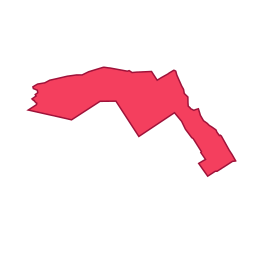 the district of S.A. Nyyazow, Tashauz, Turkmenistan, rotated 237°
{"feature_id": "10190150B78263811448824", "entity_name": "S.A. Nyyazow", "entity_type": "district", "adm_level": 2, "iso_a3": "TKM", "parent_name": "Turkmenistan", "parent_adm1": "Tashauz", "projection": "natural_earth1", "projection_center": [58.86, 40.837], "detail": "fine", "context": "isolated", "style": "filled", "palette": "rose", "viewbox_px": 256, "rotation_deg": 237, "n_neighbors": 0, "source": "geoboundaries", "source_scale": "gbopen_adm2", "svg_char_len": 1630}
<svg xmlns="http://www.w3.org/2000/svg" viewBox="0 0 256 256"><g transform="rotate(237 128 128)"><path d="M41.7,200.4L49.2,200.8L54.3,200.8L70.3,201.9L70.5,201.9L71.8,201.4L71.9,200.5L76.2,200.3L78.0,200.7L78.6,200.7L82.4,199.2L84.2,198.4L84.7,198.1L85.0,198.0L86.1,197.5L88.7,197.0L93.0,195.3L99.2,195.6L102.9,196.7L105.8,197.5L106.5,195.1L106.7,194.4L106.9,192.9L107.2,192.7L107.8,192.4L110.2,191.0L111.1,191.1L113.5,190.4L116.6,192.1L121.4,195.1L126.3,194.0L127.5,194.5L130.1,195.6L134.2,195.9L139.1,196.7L145.9,197.8L149.6,199.0L150.9,198.4L151.5,197.8L151.7,192.5L151.6,190.7L152.1,183.5L152.2,178.5L152.4,178.5L152.9,178.5L162.6,178.5L168.1,169.1L170.3,165.4L172.3,161.6L174.2,160.8L175.5,160.2L176.0,158.4L188.2,145.5L188.7,144.8L191.6,141.5L192.4,140.3L196.6,125.7L197.5,118.4L200.6,113.6L204.5,105.3L208.2,95.1L210.7,88.4L211.2,82.8L214.1,76.1L214.3,72.9L214.3,70.6L213.4,70.4L213.2,70.3L212.6,70.1L211.9,70.6L211.2,71.1L209.5,72.2L209.0,72.5L207.1,71.7L206.9,71.6L206.8,71.4L206.7,71.3L206.6,68.4L205.0,68.3L205.0,68.2L204.9,68.2L204.7,63.3L202.5,63.8L202.3,64.3L200.6,64.3L199.0,64.7L198.5,65.0L197.9,64.3L197.5,64.1L197.4,63.8L197.4,63.0L197.4,61.1L197.4,58.5L197.4,56.3L197.4,55.2L197.4,54.7L197.4,54.1L196.6,54.9L170.0,80.9L165.6,85.1L165.6,85.3L165.6,94.3L165.6,111.5L165.6,119.1L157.1,132.5L126.7,132.5L115.3,132.5L115.0,132.5L115.4,165.7L115.5,175.3L104.4,176.6L95.7,175.5L85.1,176.2L84.8,176.4L83.6,176.9L68.2,176.7L67.8,175.7L59.5,175.9L59.4,175.9L59.6,173.4L59.8,168.0L53.5,168.2L44.2,168.6L44.2,177.6L43.2,179.2L43.1,197.5L41.7,200.3L41.7,200.4Z" fill="#f43f5e" stroke="#9f1239" stroke-width="1.5"/></g></svg>